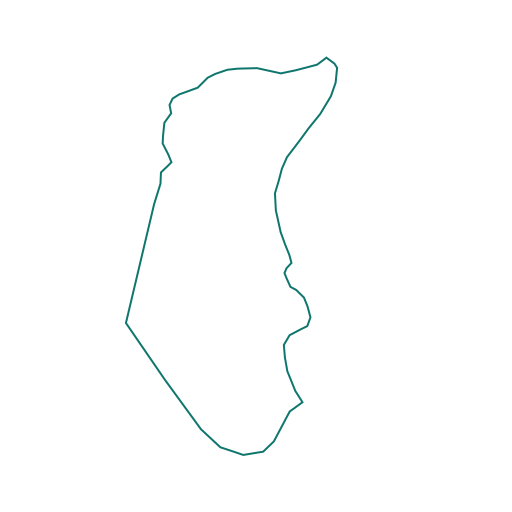 the Statistical Region of Ohrid, rotated 338°
{"feature_id": "MKD-2898", "entity_name": "Ohrid", "entity_type": "Statistical Region", "adm_level": 1, "iso_a3": "MKD", "parent_name": "North Macedonia", "parent_adm1": "", "projection": "albers", "projection_center": [20.864, 41.072], "detail": "fine", "context": "isolated", "style": "outline", "palette": "teal", "viewbox_px": 512, "rotation_deg": 338, "n_neighbors": 0, "source": "natural_earth", "source_scale": "10m", "svg_char_len": 968}
<svg xmlns="http://www.w3.org/2000/svg" viewBox="0 0 512 512"><g transform="rotate(338 256 256)"><path d="M189.4,440.1L169.7,435.7L161.7,428.8L151.3,420.0L140.1,396.1L125.2,336.8L110.3,269.4L181.0,169.7L194.5,153.2L199.2,142.9L208.0,139.4L212.7,137.4L212.7,129.1L211.6,116.7L214.8,109.8L221.0,98.1L230.8,91.9L232.4,83.6L237.6,78.8L245.4,77.4L265.0,78.1L278.0,72.6L286.4,71.9L299.2,72.6L309.1,75.4L327.3,82.2L347.5,96.0L362.6,98.7L384.3,101.5L395.6,98.5L400.8,107.0L401.7,111.9L394.7,125.2L385.3,135.9L368.7,148.4L352.8,157.2L339.6,165.4L321.7,176.0L312.7,184.8L304.7,195.5L297.1,204.9L291.5,221.1L287.8,243.1L287.3,256.8L287.3,267.5L286.3,275.7L279.7,278.8L276.0,282.5L276.0,288.2L276.4,297.6L280.6,302.6L284.9,312.6L284.9,322.0L283.5,333.3L277.3,340.2L269.3,340.8L257.5,342.0L248.5,348.9L244.8,360.9L241.9,374.6L241.9,386.5L241.9,395.9L243.1,402.3L244.3,408.8L244.3,409.0L229.0,412.8L203.1,434.6L189.4,440.1Z" fill="none" stroke="#0f766e" stroke-width="2"/></g></svg>